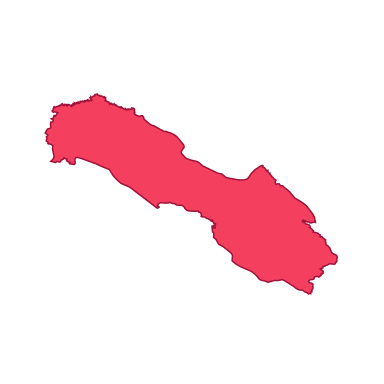 Batheay, Kâmpóng Cham, Cambodia, rotated 293°
{"feature_id": "14789045B52363017269131", "entity_name": "Batheay", "entity_type": "district", "adm_level": 2, "iso_a3": "KHM", "parent_name": "Cambodia", "parent_adm1": "Kâmpóng Cham", "projection": "equal_earth", "projection_center": [104.945, 12.037], "detail": "fine", "context": "isolated", "style": "filled", "palette": "rose", "viewbox_px": 384, "rotation_deg": 293, "n_neighbors": 0, "source": "geoboundaries", "source_scale": "gbopen_adm2", "svg_char_len": 5964}
<svg xmlns="http://www.w3.org/2000/svg" viewBox="0 0 384 384"><g transform="rotate(293 192 192)"><path d="M245.2,66.5L243.6,64.6L242.7,65.1L241.7,63.6L240.5,63.3L240.0,62.3L240.2,61.7L239.4,62.0L238.9,61.3L238.2,62.1L238.3,63.1L237.7,63.8L237.0,63.8L236.1,61.2L235.5,61.5L234.9,60.6L234.8,60.1L236.0,59.8L235.0,59.1L234.4,58.1L233.6,58.4L233.0,58.0L233.8,57.2L232.8,56.7L232.9,55.9L232.3,55.9L231.9,55.3L232.2,54.5L231.7,53.6L231.3,53.6L231.0,54.3L229.4,53.3L229.9,52.6L230.1,52.9L230.4,52.0L229.8,51.8L229.4,52.3L229.2,51.8L229.6,51.4L229.4,51.1L228.9,51.8L228.6,51.6L228.2,50.6L228.2,49.5L227.7,50.2L227.2,48.8L226.9,49.6L226.1,49.5L225.9,49.1L226.2,48.1L224.9,48.4L224.8,48.1L225.2,47.4L225.0,47.1L223.8,47.6L224.5,44.5L223.8,44.2L223.8,42.8L223.4,42.8L222.8,43.5L222.5,43.2L223.2,42.4L223.3,42.0L222.7,41.6L223.0,40.7L221.9,40.6L222.1,39.4L221.4,39.6L221.5,39.1L222.6,38.1L222.0,37.6L220.7,37.7L220.5,36.6L219.8,36.8L219.2,35.6L218.8,35.8L217.6,33.8L216.1,33.0L216.8,31.8L216.5,31.6L214.3,31.7L213.2,32.2L212.1,31.5L211.7,32.0L211.2,33.0L211.3,33.5L212.0,34.0L212.6,36.5L212.4,37.6L211.4,37.1L210.0,37.0L209.1,36.4L208.6,36.7L208.2,36.3L208.5,35.2L208.1,35.1L205.8,35.5L204.4,33.9L204.1,36.1L203.8,36.4L201.8,36.1L201.1,34.7L198.4,35.5L196.3,36.9L195.3,36.5L193.5,34.4L189.1,33.8L188.7,34.0L188.5,36.1L188.2,37.0L187.7,37.2L185.9,36.4L184.5,37.6L182.8,37.6L181.9,38.1L181.5,40.2L180.3,40.4L180.2,41.2L180.6,42.2L180.8,43.6L180.6,45.0L180.1,45.9L177.3,46.7L170.7,51.2L167.9,51.3L165.1,50.0L165.8,54.9L167.3,55.7L167.9,58.6L168.5,59.1L170.0,59.0L171.9,60.7L172.5,60.9L173.1,60.6L173.6,61.1L173.1,62.4L173.6,64.0L171.9,64.2L171.4,66.0L171.6,68.0L170.8,67.6L170.4,67.8L170.2,68.3L171.1,72.4L171.7,73.1L173.0,73.2L176.2,71.4L178.2,71.7L179.0,72.7L179.6,76.8L180.5,93.7L180.2,98.3L180.4,107.1L176.1,113.3L173.9,118.2L172.2,123.2L172.2,132.5L163.5,166.4L165.1,167.7L165.6,167.2L165.6,165.6L167.9,165.7L169.8,167.2L171.5,172.1L172.9,174.8L173.7,175.4L173.8,178.4L174.6,181.1L174.0,182.6L174.8,185.7L175.5,186.8L175.7,188.4L175.4,190.2L173.8,192.4L173.1,194.4L173.1,195.6L175.2,201.8L176.8,205.1L176.0,206.5L176.5,207.1L175.7,208.6L174.4,209.8L173.2,209.8L173.1,210.2L173.2,211.7L173.8,212.6L173.9,213.9L173.4,216.3L173.8,217.2L173.7,218.1L173.4,218.9L173.3,220.5L173.7,220.6L173.7,221.2L174.1,221.4L174.0,221.8L172.8,221.5L173.3,222.5L171.8,224.0L171.8,224.3L172.2,224.5L171.9,226.2L171.2,226.4L170.9,226.2L171.1,225.8L169.7,225.0L169.3,225.5L169.6,225.7L169.4,226.2L168.8,227.0L167.9,227.4L167.4,225.3L168.6,224.6L168.5,223.8L167.6,224.1L163.3,226.5L162.8,228.2L158.9,229.4L158.3,230.4L157.8,232.5L154.4,236.8L153.9,241.9L151.2,251.6L149.9,253.6L149.0,254.2L144.3,255.8L142.8,260.8L142.2,266.1L142.2,276.2L141.9,278.8L140.8,282.5L139.7,285.0L138.2,287.6L137.8,290.4L138.6,293.3L138.5,297.1L141.8,301.1L142.7,302.4L144.1,305.8L146.6,309.2L146.5,311.8L144.8,322.7L144.0,325.3L143.8,327.4L143.8,329.5L145.0,331.9L144.1,334.9L144.3,336.7L143.7,339.1L144.5,339.9L144.8,341.1L146.2,340.4L147.1,341.4L148.2,340.6L149.6,341.0L151.7,340.6L152.2,340.0L154.4,339.5L154.8,337.7L154.5,336.7L154.7,334.7L154.9,334.2L156.1,334.3L157.6,335.3L158.7,337.5L159.5,338.2L161.6,337.8L163.3,340.2L163.4,341.1L163.1,341.9L163.5,342.2L163.7,341.9L165.4,343.4L166.7,343.0L166.6,343.4L168.8,344.6L169.5,343.6L170.2,343.8L170.5,343.3L170.9,342.2L170.9,340.6L171.5,340.0L173.2,342.2L174.2,341.7L174.9,341.8L175.3,342.9L179.8,346.9L180.9,350.7L181.6,351.8L183.3,351.9L184.8,352.5L185.6,351.8L189.0,351.1L189.7,350.4L190.4,349.0L190.3,346.0L190.5,345.0L191.2,343.8L194.4,340.7L195.5,338.2L195.9,336.3L196.6,335.3L197.6,335.1L198.5,334.2L200.2,333.8L200.8,330.7L201.7,329.0L201.7,328.6L200.7,327.7L200.9,327.2L202.6,326.8L202.7,325.2L203.3,323.9L203.0,321.5L202.6,320.5L202.6,319.0L203.5,319.2L203.8,318.9L204.0,318.0L204.5,317.3L205.2,314.5L205.4,314.9L206.2,314.4L207.4,313.0L207.5,311.3L207.0,309.1L207.6,308.0L207.8,305.4L208.0,305.0L208.7,304.8L209.6,305.4L209.0,307.3L209.7,307.5L209.6,308.9L209.3,308.9L209.4,309.8L210.2,311.7L209.7,312.3L210.1,313.9L210.7,314.4L211.9,316.3L212.4,316.7L212.3,317.5L213.3,317.0L214.6,315.6L215.4,315.5L217.1,314.1L218.1,312.5L218.7,312.2L224.0,302.8L225.2,298.5L226.1,293.2L226.6,289.0L230.5,281.4L232.5,274.3L233.0,273.6L233.1,272.8L232.3,270.9L233.6,269.3L233.5,268.9L232.8,267.4L231.9,266.5L233.5,264.6L235.7,264.7L236.3,261.9L237.1,260.7L237.2,259.5L237.9,259.1L238.8,256.6L239.8,256.5L239.7,255.3L240.0,254.5L240.7,253.6L241.6,253.4L240.6,252.3L240.7,251.8L241.6,251.2L242.6,249.3L242.5,247.8L244.0,247.0L243.7,245.9L242.8,245.1L237.0,241.2L231.7,239.2L226.8,238.3L225.0,237.2L223.3,235.0L222.0,231.8L221.1,229.2L218.7,218.3L218.8,217.0L219.9,213.9L220.2,212.3L219.4,208.5L220.2,191.8L221.8,186.7L222.0,184.5L220.9,178.4L220.7,173.1L223.5,167.1L224.9,166.4L226.8,166.5L230.0,167.3L232.0,166.1L237.1,156.3L237.8,153.0L237.9,148.8L237.8,147.1L237.5,146.8L237.7,144.7L236.7,141.8L237.3,140.0L237.1,139.3L238.1,131.2L237.7,129.0L238.1,126.2L240.1,120.0L240.7,119.0L241.9,118.3L242.9,116.7L242.4,115.4L241.1,113.9L240.9,112.1L241.1,110.6L240.8,110.1L241.6,108.3L242.2,108.5L242.8,107.9L243.1,108.2L244.6,106.8L245.1,107.1L245.7,106.8L246.1,106.1L245.9,105.6L246.2,105.3L246.1,104.6L245.4,104.4L245.7,103.7L244.6,103.7L243.8,102.7L244.0,102.4L243.3,102.3L243.5,100.8L243.1,100.3L242.7,100.5L242.6,99.7L242.2,99.8L241.8,99.4L242.4,98.8L242.7,98.1L242.1,98.3L241.7,96.9L242.0,96.3L242.0,95.6L242.4,95.1L242.3,94.5L242.8,93.6L242.1,92.6L241.6,93.0L241.5,92.5L241.9,91.9L241.5,91.1L242.0,89.8L241.8,88.7L242.0,88.2L242.3,88.2L242.1,87.7L241.8,87.8L241.8,87.3L242.4,87.0L242.3,86.3L242.9,85.8L242.3,85.4L241.9,85.6L241.8,85.2L241.4,85.0L241.8,84.2L241.4,83.6L242.1,83.1L242.1,82.6L241.5,82.5L241.5,81.4L241.1,81.4L242.2,80.6L242.2,77.7L242.7,77.0L242.0,76.6L242.2,76.3L243.3,76.5L244.1,75.9L244.4,74.8L245.0,75.5L245.5,74.0L244.6,73.4L245.1,72.1L244.9,70.9L244.3,69.7L244.9,69.3L244.2,67.7L245.2,66.5Z" fill="#f43f5e" stroke="#9f1239" stroke-width="1.5"/></g></svg>